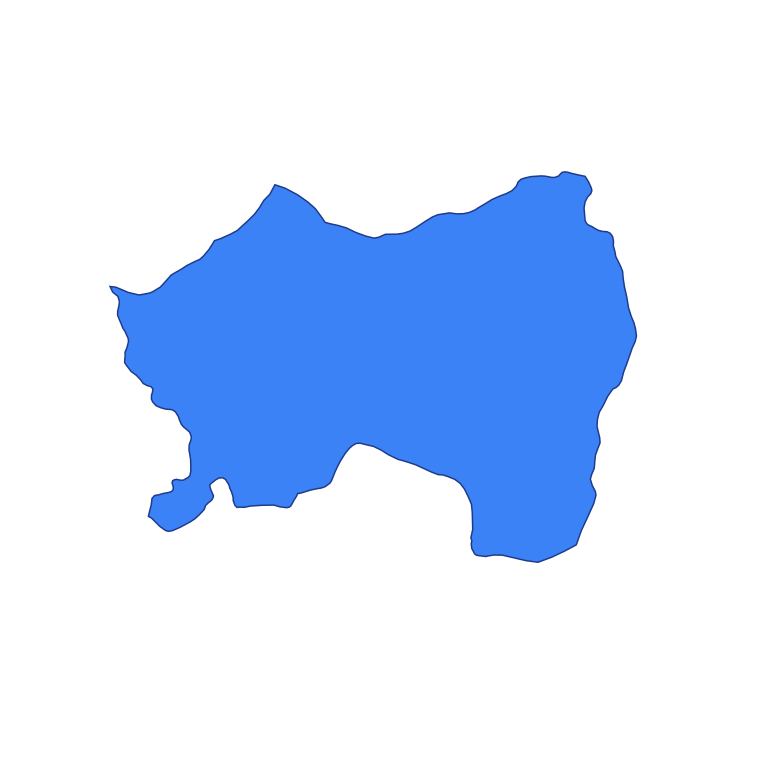 Trashiding, Daga, Bhutan (Albers equal-area conic projection), rotated 66°
{"feature_id": "84629894B27572863852317", "entity_name": "Trashiding", "entity_type": "district", "adm_level": 2, "iso_a3": "BTN", "parent_name": "Bhutan", "parent_adm1": "Daga", "projection": "albers", "projection_center": [89.999, 26.91], "detail": "fine", "context": "isolated", "style": "filled", "palette": "blue", "viewbox_px": 768, "rotation_deg": 66, "n_neighbors": 0, "source": "geoboundaries", "source_scale": "gbopen_adm2", "svg_char_len": 3962}
<svg xmlns="http://www.w3.org/2000/svg" viewBox="0 0 768 768"><g transform="rotate(66 384 384)"><path d="M609.1,273.7L598.2,263.4L589.2,253.0L582.8,245.8L578.6,241.1L571.9,235.6L567.9,234.6L561.6,235.0L554.8,234.2L550.9,230.9L546.5,226.2L539.7,222.5L534.8,219.6L530.3,215.3L525.7,210.6L520.8,208.8L509.5,206.7L505.4,204.6L502.7,203.1L497.3,198.8L493.2,193.0L486.2,184.6L482.9,179.1L481.6,176.8L481.6,173.7L480.6,170.1L479.0,167.9L477.6,165.8L470.6,160.3L464.4,154.1L460.1,150.1L452.2,142.7L447.3,137.2L442.8,133.8L435.9,131.8L430.0,130.8L422.5,130.6L417.3,130.0L414.2,129.7L403.0,126.8L392.6,124.7L385.0,122.6L378.1,120.2L372.7,120.0L361.7,120.4L357.0,119.2L351.0,118.3L346.7,116.2L342.2,115.2L338.4,116.0L335.6,118.3L333.6,122.1L330.8,125.7L327.6,128.1L324.8,130.0L321.4,133.0L319.3,133.7L316.2,133.7L310.2,131.6L304.7,129.7L299.5,126.3L296.0,122.0L294.3,117.8L292.0,115.5L289.3,114.9L282.8,114.9L276.1,115.8L272.0,121.5L267.9,126.9L265.0,130.4L263.7,132.7L263.1,135.1L263.9,137.5L265.0,139.7L264.7,144.2L263.2,147.2L260.0,151.7L257.9,155.6L256.0,160.7L254.3,165.4L253.1,171.4L252.7,175.6L253.9,179.1L257.2,182.8L259.4,188.2L259.8,194.5L259.4,202.0L259.4,210.4L260.3,216.8L260.6,219.2L261.4,226.5L262.0,229.7L262.0,236.2L260.8,241.9L258.2,248.3L254.3,254.6L253.3,258.4L252.1,262.9L251.3,265.7L251.1,271.8L252.3,280.6L253.9,290.0L254.9,298.1L254.1,305.2L252.4,311.1L250.9,314.6L247.8,321.9L247.8,329.2L246.7,333.8L241.4,340.6L233.9,348.3L226.2,354.8L220.7,361.2L215.5,368.3L212.4,372.0L205.0,373.4L196.0,375.4L186.9,379.5L182.0,382.4L176.0,386.0L164.9,394.7L157.6,402.6L164.3,411.2L167.3,418.9L172.2,426.0L176.2,433.2L179.6,442.1L182.3,450.3L184.1,455.5L184.7,463.5L184.7,474.7L184.1,480.6L186.1,483.4L190.0,489.3L193.6,496.8L195.2,501.5L195.2,507.6L195.5,513.7L195.6,516.0L196.7,522.7L197.3,529.0L197.9,534.1L201.5,542.0L204.5,548.9L205.6,557.5L205.6,561.1L203.1,571.5L196.5,580.2L186.5,589.6L183.5,594.6L189.6,594.5L195.8,591.4L201.1,592.2L204.1,593.9L206.1,595.4L209.2,597.7L212.8,599.4L218.3,599.6L221.1,599.6L226.8,599.8L230.7,599.2L238.7,599.2L241.5,600.3L246.2,604.0L249.7,607.7L252.7,608.9L258.8,612.2L261.8,611.8L269.7,609.9L275.4,606.7L281.2,604.6L285.5,603.8L289.3,600.8L291.7,597.9L294.6,597.1L297.8,599.2L299.4,600.8L303.1,602.6L306.3,602.6L311.2,601.0L314.8,597.7L318.1,593.7L321.3,588.0L324.5,585.9L330.0,585.1L334.0,585.5L338.7,585.5L342.3,584.3L345.8,582.5L349.2,581.1L353.9,581.5L356.5,583.1L360.3,586.7L365.0,589.0L370.7,590.4L374.3,591.4L379.2,593.4L384.8,595.8L388.7,598.5L389.7,601.1L390.2,606.6L389.0,609.2L386.8,612.2L386.3,614.1L386.3,616.3L388.0,617.8L391.9,618.3L394.5,619.3L395.8,621.5L395.5,624.9L394.3,629.8L393.6,634.6L392.6,639.0L394.1,642.4L399.9,645.9L403.5,648.8L409.1,653.1L411.9,650.9L422.7,646.8L428.8,643.3L430.8,641.1L431.9,637.0L432.0,629.3L431.5,621.8L431.0,616.2L430.2,611.5L428.6,606.7L426.8,602.2L425.6,599.5L424.2,598.0L422.5,596.6L421.3,593.4L420.0,588.7L418.6,586.7L416.9,585.3L413.7,585.2L409.7,585.2L405.7,584.5L404.5,582.4L403.0,576.3L402.8,572.7L404.1,569.6L406.6,567.6L413.0,566.7L416.4,567.2L420.8,567.2L425.7,567.8L429.3,569.2L434.4,569.5L437.0,568.4L437.8,565.9L439.8,561.9L441.2,555.6L445.1,545.0L449.8,533.9L454.0,528.9L455.2,526.7L457.3,523.5L457.9,521.0L457.6,519.0L456.1,516.8L453.4,513.3L451.1,509.8L448.9,507.3L449.7,505.2L450.2,501.1L451.0,494.4L452.1,489.1L453.6,483.2L453.8,479.2L452.5,473.5L450.9,471.2L444.3,464.4L440.8,460.4L436.8,455.4L431.6,447.7L428.8,442.1L427.4,437.8L427.0,433.6L428.3,430.0L432.7,424.3L436.7,419.0L442.7,413.9L450.7,408.5L458.6,401.8L460.6,399.3L464.6,394.6L470.6,388.0L479.7,380.0L483.7,376.5L486.1,374.1L488.9,371.3L491.0,367.2L494.6,363.2L499.9,358.1L505.9,354.8L512.8,353.2L521.3,352.9L529.3,353.0L537.2,355.6L552.9,362.1L559.9,367.2L562.9,367.5L565.5,369.3L569.8,370.7L576.2,370.3L578.3,368.9L583.0,361.2L583.5,358.6L584.9,353.2L588.5,345.5L603.2,326.0L609.5,315.8L610.4,301.1L610.1,286.9L609.1,273.7Z" fill="#3b82f6" stroke="#1e3a8a" stroke-width="1.5"/></g></svg>